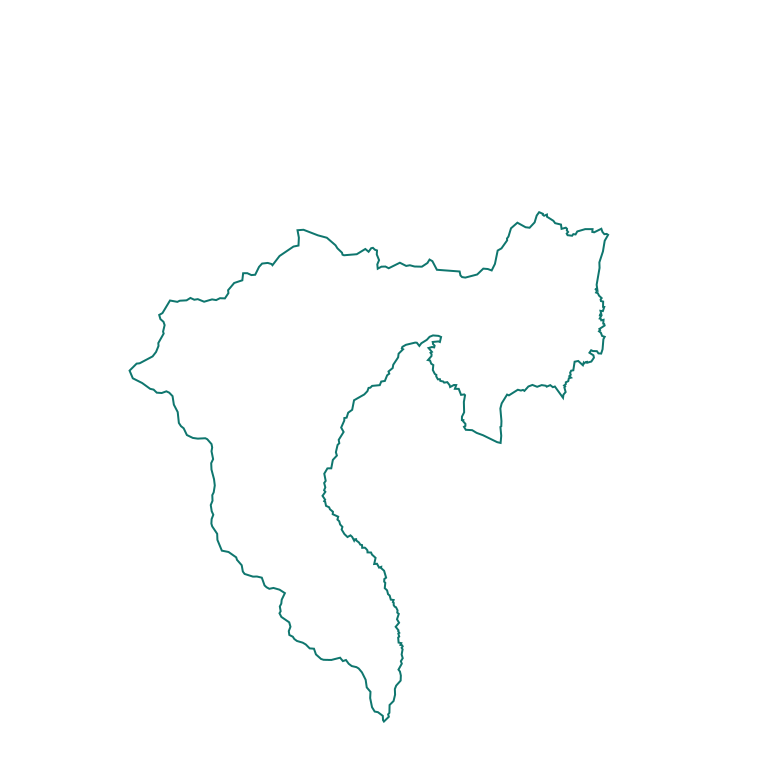 Tulnici, Vrancea, Romania (Albers equal-area conic projection), rotated 310°
{"feature_id": "2599482B64394491062191", "entity_name": "Tulnici", "entity_type": "district", "adm_level": 2, "iso_a3": "ROU", "parent_name": "Romania", "parent_adm1": "Vrancea", "projection": "albers", "projection_center": [26.524, 45.947], "detail": "fine", "context": "isolated", "style": "outline", "palette": "teal", "viewbox_px": 768, "rotation_deg": 310, "n_neighbors": 0, "source": "geoboundaries", "source_scale": "gbopen_adm2", "svg_char_len": 6166}
<svg xmlns="http://www.w3.org/2000/svg" viewBox="0 0 768 768"><g transform="rotate(310 384 384)"><path d="M125.4,600.9L132.2,601.6L133.6,599.5L135.6,599.5L141.7,594.6L147.3,595.1L153.1,592.2L157.3,588.4L160.8,587.2L167.5,587.4L171.5,584.3L174.0,581.0L174.5,578.7L181.2,577.4L182.5,575.1L186.0,574.6L188.1,571.4L192.7,568.8L193.2,567.1L195.0,567.0L195.5,565.9L194.7,564.3L196.6,563.8L195.3,561.4L198.9,557.8L200.3,558.0L202.0,555.4L203.2,555.7L203.8,553.7L204.6,553.4L205.5,549.0L210.8,549.0L212.1,545.2L217.4,543.1L217.4,541.1L219.3,539.9L220.7,536.7L220.3,535.3L220.9,533.5L222.6,532.1L222.6,531.0L224.7,530.2L223.2,527.8L225.6,524.3L225.6,522.2L227.9,519.0L228.1,515.8L232.5,512.8L232.7,511.2L234.8,509.6L237.0,510.1L241.0,504.1L241.1,500.1L242.1,499.4L240.2,498.3L241.8,494.2L239.8,492.2L245.4,489.3L245.6,484.4L246.6,482.4L244.4,479.6L245.9,478.2L246.3,475.9L246.3,474.5L244.5,472.6L246.5,470.7L245.7,469.1L246.5,466.7L246.3,463.3L247.2,462.4L246.2,461.4L244.8,461.8L246.4,457.9L246.5,455.6L243.3,454.4L243.6,450.1L245.3,445.1L247.8,444.0L248.2,440.7L250.1,437.9L250.2,435.5L252.9,434.2L251.3,428.4L253.3,427.0L253.3,423.1L254.3,421.2L253.4,417.9L256.0,414.6L255.8,413.5L257.5,413.3L258.8,408.8L263.7,408.4L264.1,406.4L267.1,405.5L269.7,401.8L272.3,401.6L276.9,395.9L283.0,394.9L285.5,397.8L293.0,393.6L298.9,393.9L300.8,391.0L307.5,387.6L309.9,387.8L312.1,385.2L321.3,383.9L323.1,379.2L330.4,377.1L332.4,375.5L334.2,377.0L339.0,375.0L343.8,376.2L352.3,371.5L363.3,375.6L367.8,375.9L371.1,374.7L372.4,375.9L374.9,376.1L380.4,381.5L384.1,380.3L386.9,382.7L392.7,380.8L395.3,381.4L396.5,379.4L401.8,380.4L404.7,378.7L413.5,377.7L416.6,375.7L422.9,376.3L422.7,374.8L424.3,374.2L428.1,375.6L435.8,381.3L436.7,382.6L435.9,386.6L439.2,386.4L445.3,388.4L449.5,388.6L452.7,390.3L455.9,394.8L456.7,397.5L452.1,399.8L451.6,398.3L447.5,394.3L446.1,396.0L445.9,398.1L444.3,398.9L443.1,396.9L440.2,395.0L439.4,400.1L437.8,399.6L437.4,401.3L435.9,402.4L430.6,402.3L431.6,404.2L429.9,407.1L430.2,409.6L426.1,412.4L424.4,416.4L424.6,418.3L423.4,419.1L422.2,422.3L423.6,423.7L422.6,425.1L424.0,427.9L423.7,429.2L426.1,431.3L425.3,435.0L424.2,436.6L428.2,438.2L429.6,440.0L425.9,441.4L428.3,444.4L425.2,450.0L427.6,452.2L427.5,453.3L421.6,456.7L413.8,463.6L409.1,464.7L406.4,466.9L407.3,468.0L406.3,468.6L405.8,472.0L404.2,473.3L402.6,472.8L401.5,476.1L405.3,481.2L406.1,486.4L408.4,492.8L412.2,508.1L413.8,511.2L419.7,507.1L425.9,500.8L427.0,501.0L431.1,497.8L440.0,488.9L444.8,486.6L455.0,485.1L455.6,487.0L465.6,490.2L467.0,493.1L468.8,494.3L469.0,496.0L474.9,496.2L478.7,498.3L480.3,503.1L484.5,505.5L486.7,509.1L486.5,510.3L490.0,512.1L490.1,515.4L491.9,516.5L488.5,530.0L491.2,528.3L494.6,528.3L497.3,524.4L498.5,524.4L498.6,522.9L500.6,523.4L502.2,522.2L504.6,523.3L507.2,521.9L509.1,523.2L509.2,520.9L511.1,521.1L512.2,519.4L514.5,518.8L516.2,520.2L523.6,515.7L526.5,518.0L526.2,524.3L528.6,523.3L528.4,524.1L530.4,524.4L531.5,525.3L530.9,526.0L534.5,528.4L539.1,527.9L540.6,526.0L540.0,521.3L543.0,521.0L543.5,522.8L546.0,526.0L545.3,528.6L546.9,530.8L551.1,529.1L559.3,523.3L562.0,522.7L561.0,520.2L562.7,517.1L562.6,514.8L564.2,514.9L564.6,513.6L570.6,515.4L571.5,514.1L571.2,513.1L574.3,510.9L572.4,509.5L573.2,508.2L572.8,507.2L575.9,506.6L575.3,505.3L576.2,504.9L577.0,505.8L579.2,502.8L580.5,504.8L584.6,503.2L583.9,502.2L588.0,498.9L587.0,496.9L588.0,495.6L589.7,495.5L589.9,491.9L591.0,489.4L590.4,487.7L592.2,487.4L592.8,484.4L593.1,487.1L596.7,483.1L611.5,474.5L615.6,470.8L626.3,466.5L635.6,461.0L642.3,459.8L642.1,458.1L640.4,456.5L640.9,453.6L642.6,450.7L635.3,447.5L634.4,445.8L636.7,444.2L632.0,438.6L625.1,434.0L621.7,434.6L620.5,432.7L618.5,432.8L616.0,429.0L616.6,427.3L618.8,427.3L619.2,425.3L620.5,424.5L620.6,422.8L617.0,420.3L619.9,417.1L617.2,411.7L617.9,408.9L616.9,401.4L618.5,399.9L615.8,398.5L615.7,396.8L616.5,396.3L615.3,392.4L611.2,392.7L604.6,395.5L597.3,395.1L595.1,391.7L593.3,382.5L584.9,381.2L576.9,384.6L574.5,384.7L573.2,386.0L563.4,386.8L559.3,385.3L547.3,391.8L540.2,393.5L538.8,389.6L536.2,385.9L527.8,385.0L517.8,377.9L516.1,375.1L516.3,372.8L518.8,369.6L505.5,351.1L509.2,342.1L508.6,338.9L504.6,339.5L498.2,337.6L493.6,331.8L491.6,327.5L488.7,325.1L487.1,318.2L475.7,313.2L474.9,309.6L472.2,306.6L468.3,305.1L471.3,302.0L475.7,300.6L478.6,295.2L481.8,292.8L481.0,290.7L481.2,288.0L479.8,286.9L475.4,287.2L475.4,282.9L465.9,279.7L456.9,270.6L456.4,269.1L457.6,267.4L458.0,261.1L459.1,257.7L459.3,246.2L455.4,237.8L450.4,223.2L446.2,218.9L441.4,224.7L435.1,229.5L431.1,226.3L414.9,221.7L403.3,222.2L403.6,220.7L402.0,217.1L397.9,213.2L393.4,213.0L384.9,215.1L382.2,212.4L381.0,208.0L378.3,204.9L372.4,208.8L365.1,204.3L355.6,204.3L353.6,206.4L347.3,207.1L344.3,203.2L340.4,201.5L338.3,197.9L331.4,193.3L329.3,186.8L326.6,184.5L325.5,180.4L321.2,179.0L316.5,174.0L314.1,172.9L310.4,166.4L295.9,168.7L292.4,167.4L290.0,171.0L289.9,175.1L288.1,178.1L282.1,181.1L281.0,182.8L270.3,184.8L268.2,186.8L262.0,188.8L256.4,189.0L242.8,183.5L240.6,181.4L230.7,180.5L226.9,187.9L229.3,198.1L230.0,208.0L231.6,211.1L231.3,215.5L234.2,219.5L238.5,222.0L239.3,225.1L238.8,229.8L233.1,236.3L229.9,244.0L222.3,251.9L221.2,255.6L221.3,259.0L218.2,265.8L219.8,272.2L222.4,276.4L227.6,282.0L228.1,284.1L227.1,290.5L224.9,293.2L221.6,295.1L216.6,301.4L212.3,302.5L207.6,306.8L201.8,315.0L197.5,319.6L191.5,323.2L188.5,323.9L184.3,327.7L179.9,329.1L175.8,333.8L174.1,337.3L169.7,338.8L166.1,341.5L164.5,343.9L162.0,352.5L157.5,356.6L152.1,366.9L155.4,372.9L156.2,382.2L154.8,384.4L153.7,391.5L149.6,396.4L148.9,399.3L152.2,407.4L154.9,410.5L157.1,414.9L152.9,422.0L152.8,424.8L153.4,427.8L156.7,430.4L159.3,436.2L160.1,442.5L153.0,444.3L149.7,446.5L146.6,447.2L143.5,450.9L141.2,451.3L139.6,455.1L140.5,464.6L137.9,468.4L133.5,469.9L130.9,472.8L131.8,476.6L131.0,479.2L131.2,482.5L133.6,488.0L134.2,491.5L133.7,497.0L136.2,500.5L133.1,505.7L132.9,512.5L133.9,515.0L138.7,521.0L146.1,526.3L145.3,530.6L148.1,532.3L147.0,536.8L147.2,540.6L149.4,544.9L149.8,547.5L148.9,552.5L145.6,560.1L140.5,565.8L139.5,571.5L134.5,575.3L128.7,582.6L127.1,587.4L128.7,590.3L129.0,596.4L125.9,599.3L125.4,600.9Z" fill="none" stroke="#0f766e" stroke-width="2"/></g></svg>